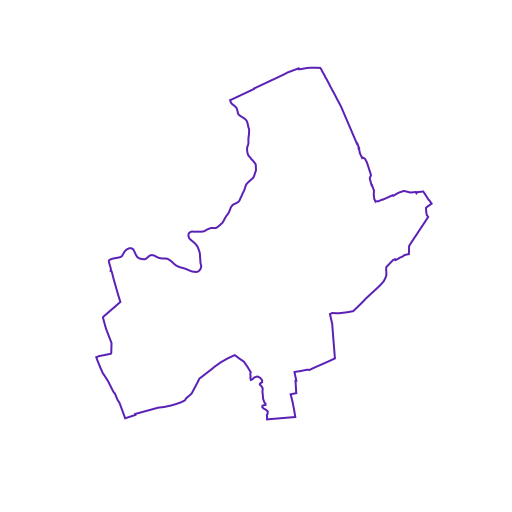 outline of Pueblo Nuevo, Guanajuato, Mexico, rotated 162°
{"feature_id": "50627088B8544251683738", "entity_name": "Pueblo Nuevo", "entity_type": "district", "adm_level": 2, "iso_a3": "MEX", "parent_name": "Mexico", "parent_adm1": "Guanajuato", "projection": "robinson", "projection_center": [-101.357, 20.548], "detail": "fine", "context": "isolated", "style": "outline", "palette": "violet", "viewbox_px": 512, "rotation_deg": 162, "n_neighbors": 0, "source": "geoboundaries", "source_scale": "gbopen_adm2", "svg_char_len": 6088}
<svg xmlns="http://www.w3.org/2000/svg" viewBox="0 0 512 512"><g transform="rotate(162 256 256)"><path d="M419.8,143.1L396.6,142.0L396.0,142.0L390.0,140.8L383.5,140.1L377.9,139.9L373.0,140.0L369.1,140.5L367.9,140.9L366.4,142.3L361.6,144.2L359.6,145.2L350.5,154.0L347.7,156.9L342.8,158.6L332.0,162.5L330.5,163.2L322.3,165.8L314.4,167.4L306.9,168.3L305.3,166.2L303.7,163.8L300.4,159.6L300.1,159.1L299.4,156.7L298.1,152.3L297.9,151.1L296.9,147.1L297.9,145.6L298.3,143.4L299.0,141.8L299.2,139.7L297.4,139.9L295.2,141.0L292.1,141.0L291.4,140.6L289.5,138.6L288.6,135.9L289.2,134.0L289.8,133.8L290.6,133.9L291.7,133.3L292.1,132.5L291.1,130.7L290.7,129.1L290.6,127.8L291.9,124.7L292.1,123.6L292.4,122.0L293.4,117.9L293.2,113.9L292.6,112.7L293.0,111.4L294.8,111.7L296.1,111.6L296.5,111.1L296.7,110.0L295.5,108.1L294.1,106.8L293.7,105.8L292.8,104.5L293.9,102.1L294.9,101.3L295.3,99.2L296.0,97.2L271.6,91.5L268.4,90.7L267.4,97.2L266.3,106.1L265.8,113.8L260.1,113.1L257.0,125.1L256.2,124.9L255.3,133.7L253.0,133.5L250.6,133.0L247.3,132.6L245.5,132.4L243.0,132.1L242.0,131.9L240.5,131.1L236.1,131.7L222.1,133.1L212.6,134.2L204.5,168.0L203.6,177.9L201.0,178.2L196.4,176.4L194.2,175.8L186.6,174.3L180.6,173.5L171.2,178.1L167.8,179.8L165.1,181.4L147.5,189.5L144.7,191.1L142.2,192.6L139.5,195.4L138.2,197.0L137.1,200.1L136.3,203.3L135.5,205.2L133.4,206.3L130.3,208.0L126.8,209.8L124.8,210.0L124.6,209.0L121.3,209.5L120.2,209.9L117.2,210.2L116.4,210.2L114.9,211.0L110.6,210.7L110.0,210.5L107.3,218.2L105.8,219.5L100.3,223.9L98.9,225.0L98.3,225.5L96.5,226.9L96.2,227.1L95.6,227.6L94.6,228.4L93.4,229.4L87.2,234.3L80.2,239.9L80.9,242.3L80.6,244.7L79.5,249.2L77.7,250.0L72.8,251.5L74.0,255.6L74.5,256.1L75.0,258.2L76.7,264.6L77.1,265.7L82.6,266.8L84.0,266.1L84.1,267.5L87.3,268.1L89.8,268.8L95.2,272.2L100.7,272.1L102.1,271.9L106.9,270.8L107.3,271.6L117.8,270.4L117.9,270.6L119.6,270.6L122.8,270.2L124.7,270.8L125.4,271.5L125.6,271.3L125.7,272.6L125.9,273.5L125.5,275.7L124.9,278.4L123.6,281.7L123.8,287.5L124.2,287.5L123.9,293.9L123.7,294.9L123.4,295.5L121.9,296.9L121.6,297.8L121.6,299.1L121.6,301.2L121.6,306.3L121.6,310.7L122.3,314.7L122.9,315.5L123.5,316.1L124.1,316.7L124.8,316.4L125.3,320.6L125.3,321.5L125.5,321.8L125.1,323.9L125.2,326.7L124.6,326.7L124.9,331.6L125.3,331.5L128.8,370.3L128.9,371.6L130.5,380.6L131.0,383.8L131.1,384.4L133.0,394.8L133.0,395.0L133.2,396.3L134.2,402.2L134.9,405.1L134.8,405.7L135.3,407.8L136.1,412.1L136.3,413.8L136.9,415.1L142.2,417.0L146.7,418.4L150.2,419.2L151.3,419.3L155.8,419.9L156.4,420.1L157.7,420.4L157.6,421.3L166.5,420.9L169.2,420.8L172.3,420.2L181.2,419.0L183.5,418.7L185.1,418.5L185.7,418.5L206.1,415.9L206.2,415.5L231.2,412.3L232.4,412.3L232.5,411.5L232.5,410.6L232.4,409.7L232.1,408.6L231.6,407.6L230.8,406.5L229.1,403.8L228.9,403.1L228.8,402.3L228.7,400.9L228.9,398.8L229.0,397.9L229.0,396.9L228.9,396.1L228.6,395.5L227.9,394.4L225.0,390.9L223.9,389.3L223.5,388.5L223.1,387.2L223.0,386.5L223.0,385.6L223.1,383.9L223.4,381.5L223.4,379.5L223.4,378.5L223.8,377.4L225.1,373.9L226.1,371.8L227.2,369.4L227.6,368.0L228.0,366.6L228.4,365.5L228.8,364.8L229.6,363.5L230.1,363.1L230.6,362.3L231.1,361.5L231.7,359.7L232.0,358.5L232.1,357.3L232.3,356.4L232.3,355.6L232.1,353.9L231.8,353.0L230.9,351.1L230.7,350.3L230.4,349.3L229.5,347.8L229.1,346.6L228.3,344.5L228.0,343.6L228.2,342.1L228.9,339.8L229.1,338.8L229.6,337.4L230.4,336.3L231.5,335.0L232.0,334.1L233.1,332.8L233.8,331.9L234.5,331.3L235.1,330.9L235.7,330.7L238.1,329.7L241.1,328.3L241.8,327.9L242.6,327.4L243.3,326.9L243.8,326.4L244.4,325.5L247.0,322.0L249.9,319.1L251.1,317.6L252.6,316.1L254.0,314.5L254.8,313.7L255.6,313.1L256.5,312.8L257.6,312.5L260.7,312.1L261.5,312.0L262.4,311.7L263.1,311.3L263.9,310.8L264.8,310.1L265.5,309.3L267.1,307.2L268.4,305.8L269.4,304.9L271.6,303.4L273.4,301.9L274.9,300.5L276.4,299.0L277.1,298.4L278.0,297.8L280.7,296.6L283.7,295.4L284.8,295.1L285.6,295.0L286.2,295.2L287.4,295.6L288.4,296.0L289.2,296.3L290.2,296.5L291.2,296.5L294.3,296.3L296.4,295.8L297.7,295.6L298.5,295.6L301.1,296.2L305.0,297.5L307.3,298.2L308.6,298.8L309.6,299.1L310.6,299.1L311.3,299.0L312.0,298.7L312.5,298.5L313.0,298.1L313.3,297.8L313.7,297.0L314.0,296.3L314.1,295.7L314.1,295.0L314.0,293.8L313.9,293.1L313.4,292.2L312.5,290.6L311.3,288.8L310.2,286.9L309.3,284.8L309.0,283.8L308.8,283.2L308.6,281.8L308.5,278.0L308.5,276.6L308.8,275.0L309.5,272.4L310.2,269.3L310.9,266.9L311.0,266.2L311.1,264.1L311.2,263.4L311.6,262.6L311.9,261.9L312.6,261.1L313.2,260.5L313.9,260.0L314.7,259.6L315.5,259.2L316.1,259.2L317.1,259.2L317.9,259.3L319.9,260.2L321.3,260.9L323.0,262.1L325.7,264.5L327.4,265.9L328.8,266.9L329.8,267.5L332.0,269.0L333.6,270.3L334.8,271.5L335.5,272.5L336.4,273.9L337.6,276.2L338.6,277.8L339.7,279.2L340.6,280.2L341.5,280.9L341.9,281.2L343.0,281.6L346.9,283.0L347.6,283.4L348.6,284.0L349.5,284.6L350.4,285.5L352.7,287.9L353.7,288.5L354.8,289.1L355.5,289.2L356.5,289.2L357.3,289.1L360.9,287.6L361.7,287.4L362.4,287.3L363.1,287.3L363.8,287.6L365.3,288.3L366.3,288.8L367.0,289.3L367.9,290.0L368.6,290.8L369.1,291.4L369.3,292.0L369.9,294.3L370.1,296.5L370.5,299.1L370.7,299.9L370.9,300.5L371.4,301.2L371.6,301.4L372.2,301.8L373.2,302.3L373.6,302.4L374.2,302.5L375.3,302.4L376.4,302.3L376.9,302.1L378.6,301.5L379.2,301.1L379.8,300.7L380.5,300.1L382.4,298.3L383.0,297.8L383.5,297.4L384.1,297.1L384.7,297.0L385.4,296.9L386.1,296.9L388.0,297.1L390.7,297.5L392.7,297.7L393.7,297.8L395.1,297.7L396.1,297.6L396.9,297.4L397.2,297.2L397.4,296.9L397.6,296.4L397.7,295.9L397.9,291.3L397.9,290.0L398.0,288.8L398.2,288.0L398.5,287.3L398.7,286.9L398.2,286.9L398.1,286.4L398.1,284.1L398.5,278.6L399.1,261.5L399.2,254.2L420.0,245.4L420.4,244.9L420.6,244.5L420.9,238.5L421.1,233.0L420.3,217.9L423.7,208.3L424.1,208.0L424.6,207.9L436.3,209.3L439.2,209.1L439.0,204.4L438.4,196.6L438.2,194.7L438.1,194.1L438.0,193.7L438.1,192.5L437.0,188.9L436.4,186.6L435.4,182.8L435.2,181.4L434.2,174.8L434.0,173.3L433.3,169.8L432.9,169.4L432.7,168.8L432.5,166.9L432.4,165.0L432.2,162.1L432.0,161.6L431.7,160.3L431.2,158.5L430.7,146.0L430.6,142.1L419.8,142.1L419.8,143.1Z" fill="none" stroke="#5b21b6" stroke-width="2"/></g></svg>